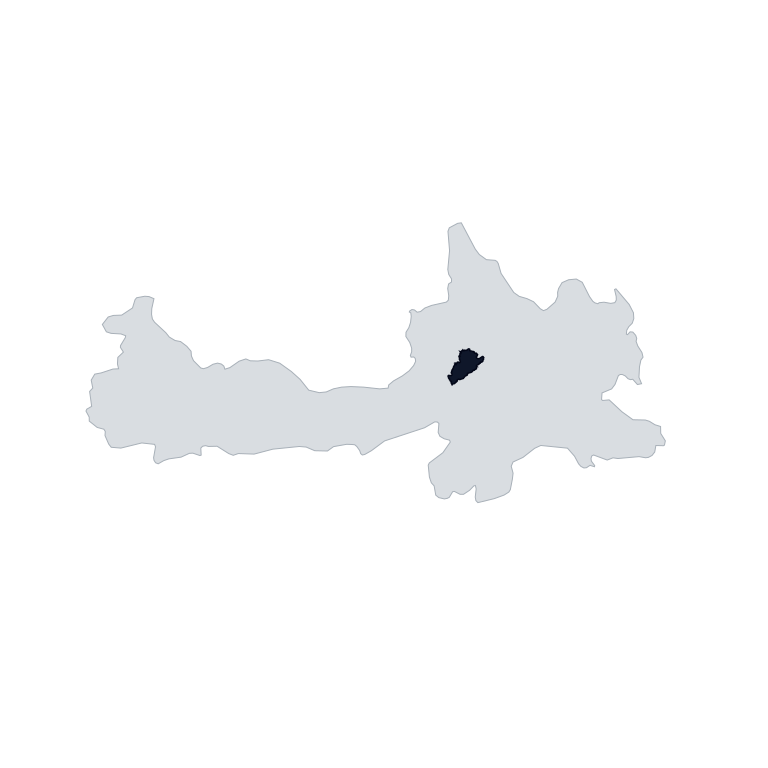 Longcheng, Vientiane, Laos shown in context, rotated 128°
{"feature_id": "54806243B40000805936315", "entity_name": "Longcheng", "entity_type": "district", "adm_level": 2, "iso_a3": "LAO", "parent_name": "Laos", "parent_adm1": "Vientiane", "projection": "orthographic", "projection_center": [102.87, 19.084], "detail": "fine", "context": "in_parent", "style": "filled", "palette": "ink", "viewbox_px": 768, "rotation_deg": 128, "n_neighbors": 0, "source": "geoboundaries", "source_scale": "gbopen_adm2", "svg_char_len": 8633}
<svg xmlns="http://www.w3.org/2000/svg" viewBox="0 0 768 768"><g transform="rotate(128 384 384)"><path d="M281.1,132.5L284.2,138.3L298.7,153.8L301.2,158.1L306.5,161.3L310.9,175.1L312.8,176.0L315.3,175.0L317.1,173.1L318.6,167.7L319.6,167.2L321.3,171.6L325.3,172.9L327.1,174.8L327.7,178.1L327.1,181.5L323.6,189.4L321.6,199.9L335.9,222.6L341.9,225.7L356.3,229.3L366.0,234.3L370.5,233.1L374.8,227.4L379.9,224.3L389.5,219.4L392.3,219.1L397.6,221.0L406.4,226.5L419.7,237.0L419.3,239.8L416.9,242.5L409.9,246.8L407.7,249.5L409.0,250.5L415.0,251.1L421.9,253.4L424.1,256.2L425.3,262.4L426.6,263.6L433.1,262.8L435.1,263.7L437.4,265.7L439.8,270.9L439.7,274.8L433.4,281.8L432.7,285.9L429.4,290.9L420.7,299.2L418.3,299.7L401.9,295.3L388.9,296.0L387.9,297.8L390.1,302.8L390.8,307.7L388.8,311.5L381.3,316.4L381.1,318.5L382.6,320.7L393.5,325.1L428.5,348.5L444.4,352.9L451.4,355.8L453.3,357.4L453.2,359.5L451.4,362.2L450.0,366.9L449.9,369.7L451.6,372.3L454.5,376.3L464.4,385.2L471.6,387.3L479.2,397.5L481.6,406.5L485.4,412.3L503.8,431.5L519.2,443.2L528.5,456.0L533.0,458.9L534.4,463.5L535.8,477.2L541.3,483.9L542.4,486.6L544.7,488.6L547.3,488.9L552.6,484.3L553.7,485.0L556.2,492.1L558.5,494.7L566.6,498.9L575.4,507.4L580.0,510.4L585.9,512.8L586.7,515.5L585.7,518.3L583.9,520.2L574.1,525.4L572.8,527.6L579.6,538.6L596.5,551.9L601.8,560.0L600.8,564.0L596.4,572.1L593.0,574.4L592.1,576.9L594.8,583.3L594.7,593.4L591.6,595.9L588.8,602.2L586.8,602.7L581.6,600.6L571.1,611.4L566.5,611.0L561.2,617.1L554.3,618.0L549.4,613.7L539.1,606.8L535.4,602.5L532.3,606.4L526.9,610.1L519.3,609.0L517.4,614.3L515.9,615.3L506.7,616.4L505.0,617.3L506.5,622.1L512.1,630.2L513.8,634.9L510.5,642.6L501.0,642.6L496.6,639.5L491.2,633.1L478.9,629.0L470.8,632.1L468.3,632.0L462.1,626.5L459.8,623.0L458.4,617.8L467.6,613.4L472.3,610.0L475.4,606.5L476.6,602.8L477.9,587.5L479.2,582.1L478.4,575.5L475.8,570.4L475.7,562.6L477.0,556.2L480.5,553.0L482.9,548.5L484.2,538.3L483.1,535.7L479.6,533.2L473.7,530.9L470.0,528.0L468.4,524.4L468.5,521.2L470.3,518.5L465.9,515.5L455.2,512.2L449.3,508.3L448.0,503.6L443.5,497.5L435.9,489.9L431.8,479.0L431.2,464.7L432.0,453.0L435.2,439.5L430.7,429.7L425.8,424.6L419.0,420.9L412.6,415.5L406.4,408.5L399.0,398.1L390.5,384.4L384.7,378.2L381.8,379.7L375.7,378.4L366.3,374.5L358.2,372.3L351.2,372.0L346.7,373.0L344.6,375.1L344.4,377.2L346.2,379.2L345.3,380.8L341.6,382.0L338.7,384.3L335.4,389.3L333.1,396.0L329.7,398.5L324.3,399.1L319.1,401.0L313.9,404.2L311.4,406.7L311.7,408.4L310.6,408.7L308.1,407.8L306.9,405.6L307.0,402.1L304.4,399.8L299.0,398.6L292.8,394.9L281.1,385.3L278.4,384.9L274.6,387.3L269.5,392.6L265.4,394.7L262.1,393.6L259.6,395.5L257.8,400.4L254.5,404.2L238.6,414.4L224.3,427.6L220.7,428.7L212.1,424.9L209.4,422.3L221.5,395.2L223.3,388.6L223.0,379.9L218.1,372.5L217.9,370.4L218.7,368.2L224.8,359.8L232.0,338.1L231.7,331.4L228.7,323.9L227.1,316.8L228.5,307.2L228.0,303.5L224.8,301.6L214.1,299.6L207.9,301.1L204.9,303.6L201.3,305.2L194.5,306.1L188.2,302.7L182.9,297.1L181.8,290.4L188.6,275.9L190.3,270.3L190.2,267.7L189.1,264.9L187.5,264.5L184.1,261.0L180.9,255.0L177.8,252.2L174.9,252.6L172.1,254.9L167.6,260.5L166.2,259.8L170.4,239.7L174.3,231.3L178.7,227.4L183.3,225.8L188.1,226.4L192.2,225.8L195.5,223.7L195.2,222.5L191.4,222.2L189.9,219.9L190.7,215.6L192.5,212.9L195.2,211.6L197.8,207.4L200.4,200.1L203.4,196.4L207.0,196.3L213.1,193.3L221.8,187.2L225.2,181.2L228.4,184.0L227.1,190.9L228.8,192.4L229.6,194.9L229.1,198.8L229.8,202.1L231.1,203.7L233.0,204.5L242.1,201.7L247.7,201.6L256.8,206.7L262.3,203.0L262.4,201.6L257.9,196.8L259.4,179.2L258.9,165.8L251.5,155.9L250.0,151.9L249.3,145.4L247.2,139.9L252.6,135.5L255.6,127.3L259.4,125.4L260.5,125.7L265.1,131.9L270.9,128.8L275.3,128.8L279.1,130.5L281.1,132.5Z" fill="#d9dde1" stroke="#a8b0b8" stroke-width="1"/><path d="M342.6,329.8L342.4,329.9L342.3,330.0L342.2,330.1L341.8,329.9L341.3,329.6L341.1,329.4L340.5,329.0L340.3,328.9L340.2,328.8L340.2,328.7L339.8,328.6L339.6,328.6L339.3,328.6L339.2,328.6L338.6,328.4L338.4,328.5L337.9,328.3L337.7,328.5L337.6,328.4L337.5,328.5L337.3,328.4L337.3,328.6L337.1,328.6L337.1,328.4L336.9,328.4L336.7,328.2L336.4,328.2L336.3,328.5L336.2,328.7L336.1,328.8L335.6,328.7L335.1,328.6L334.5,328.3L334.3,328.3L334.2,328.2L334.0,327.8L334.0,327.6L334.0,327.3L333.8,327.0L333.3,326.6L333.0,326.5L332.4,326.1L332.2,325.8L331.7,325.6L331.4,325.4L331.2,325.3L331.0,325.2L330.8,324.9L330.6,324.9L329.8,325.0L329.6,325.0L329.2,324.9L327.9,324.9L327.2,324.8L326.9,324.6L326.6,324.2L326.1,324.2L325.9,324.0L325.7,323.9L325.4,324.0L325.2,324.0L324.8,324.3L324.6,324.4L324.5,324.6L324.4,324.7L324.3,324.8L324.1,324.8L324.0,324.7L323.5,324.2L323.0,323.8L322.7,323.7L322.4,323.5L322.2,323.4L321.8,322.9L320.9,322.4L320.4,322.3L320.2,322.3L320.0,322.1L319.9,322.1L319.2,322.1L318.8,322.3L318.5,322.3L318.1,321.8L317.9,321.6L317.8,321.8L317.6,321.8L317.3,321.8L316.4,321.0L316.2,321.0L316.0,320.9L315.6,320.8L315.3,320.8L315.1,320.6L314.8,320.8L314.5,320.9L314.2,321.2L313.9,321.4L313.6,321.5L313.2,321.5L313.1,321.4L313.1,321.6L313.3,321.8L312.6,322.4L312.4,322.4L312.2,322.4L311.7,322.2L311.4,322.0L310.9,321.7L310.7,321.7L310.1,321.7L309.9,321.5L309.8,321.4L309.6,321.3L309.2,321.4L308.8,321.2L308.7,321.3L308.6,321.2L308.2,321.0L307.9,321.1L307.5,321.2L307.2,321.4L307.0,321.2L306.8,321.0L306.7,320.7L306.6,320.4L306.2,320.4L305.6,320.4L305.4,320.5L305.2,320.2L304.7,320.3L304.5,320.6L304.3,320.8L304.2,320.9L304.1,321.0L303.7,320.9L303.2,320.8L303.0,321.1L302.7,321.4L302.3,321.5L302.1,321.5L301.9,321.5L301.8,321.8L301.7,322.0L301.6,322.4L301.5,322.5L301.5,323.1L301.8,323.3L302.0,323.5L302.4,323.6L303.1,323.7L303.7,324.1L303.8,324.1L304.1,324.1L304.5,324.2L304.7,324.3L305.5,324.8L305.9,325.1L306.4,325.9L306.5,326.5L306.4,327.0L306.3,327.3L306.0,327.7L305.8,327.9L305.3,327.8L305.1,327.8L304.8,328.0L304.7,328.2L304.4,328.2L304.0,328.1L303.6,328.2L303.3,328.3L303.3,328.9L303.1,329.1L303.0,329.3L303.1,329.6L303.0,329.8L302.9,330.0L303.0,330.1L303.3,330.5L303.2,330.7L303.5,330.9L303.7,331.1L303.9,331.6L303.8,331.9L303.7,332.2L303.7,332.4L303.4,332.4L303.2,332.7L303.2,333.0L303.2,333.3L303.3,333.4L303.4,333.6L303.5,333.8L303.9,334.2L303.9,334.5L304.1,335.2L304.4,335.6L304.7,336.3L304.8,336.5L304.9,336.9L304.9,337.0L304.7,337.2L304.4,337.5L304.2,337.6L303.9,337.8L303.9,338.2L304.0,338.7L304.2,338.9L304.3,339.0L304.5,339.1L305.1,339.3L305.5,339.5L306.2,339.3L306.5,339.4L306.6,339.7L306.9,340.2L307.6,340.7L307.7,340.8L307.7,341.2L307.8,341.4L308.1,341.5L308.5,341.4L308.6,341.5L308.8,341.8L308.9,342.0L308.7,342.6L308.6,342.9L308.9,342.9L309.2,343.0L309.4,343.0L309.7,343.1L310.1,343.0L310.4,343.1L310.8,343.3L311.0,343.3L311.5,343.6L311.6,343.9L311.7,343.6L311.8,343.5L311.8,343.3L311.9,343.2L312.0,343.0L311.9,342.8L312.0,342.8L312.2,342.6L312.3,342.5L312.5,342.6L312.5,342.4L312.8,342.3L313.2,342.5L313.2,342.4L313.3,342.4L314.9,342.1L315.0,342.0L315.2,341.6L315.3,341.6L315.5,341.7L315.7,341.8L315.7,341.7L315.8,341.8L315.9,341.7L316.0,341.8L316.1,341.7L316.3,341.7L316.5,341.5L316.5,341.3L316.4,341.0L316.5,340.9L317.4,340.2L317.8,340.1L318.0,339.9L318.0,339.7L318.2,339.4L318.3,339.4L318.4,339.2L318.4,338.9L318.4,338.7L318.6,338.5L318.9,338.3L319.0,338.3L319.1,338.2L319.4,337.7L319.6,337.4L320.1,337.4L320.3,337.4L320.5,337.5L320.8,337.6L320.9,337.9L321.0,338.8L321.0,339.0L321.3,339.4L321.8,339.6L322.1,339.4L322.4,339.4L322.7,339.4L322.9,339.6L323.0,339.8L323.4,340.4L323.5,340.5L323.5,340.4L323.6,339.9L323.8,339.8L323.9,339.7L324.0,339.8L324.1,340.0L324.2,339.9L324.3,340.0L324.3,339.9L324.4,340.0L324.5,339.8L324.6,340.1L324.8,340.2L325.0,340.2L326.1,340.0L327.4,339.8L327.6,339.8L327.9,339.5L328.1,339.4L328.5,339.3L329.1,339.3L330.2,338.9L330.3,338.8L330.5,338.9L330.8,338.9L331.0,339.0L331.2,338.8L331.4,338.8L331.5,338.7L331.8,338.6L332.0,338.4L332.3,338.5L332.5,338.3L332.8,338.2L333.0,338.0L333.3,338.1L333.8,337.9L333.9,337.7L334.0,337.5L334.0,337.0L334.2,336.5L334.4,336.3L334.6,336.2L335.0,336.0L335.4,336.0L335.5,336.0L336.0,336.3L336.0,336.5L336.3,336.7L336.6,336.9L336.8,337.1L337.1,337.9L337.2,338.1L337.5,338.4L337.6,338.5L337.9,338.5L338.3,338.4L338.7,338.0L338.8,337.8L339.0,337.3L339.2,337.1L339.4,337.0L339.5,336.9L339.6,336.6L339.7,336.1L339.6,335.9L339.6,335.6L339.8,335.5L340.0,335.3L340.2,335.2L340.3,335.1L340.3,334.9L340.3,334.7L340.4,334.4L340.5,334.0L340.6,333.8L340.8,333.5L340.7,333.4L340.6,333.1L340.5,332.8L340.6,332.6L340.6,332.3L340.7,332.2L340.8,332.2L341.0,332.2L341.3,331.9L341.6,331.8L341.8,331.8L341.8,331.7L341.7,331.6L341.8,331.5L341.8,331.3L341.8,331.2L341.9,330.9L342.0,330.8L342.1,330.5L342.3,330.4L342.4,330.1L342.7,330.0L342.6,329.8Z" fill="#0f172a" stroke="#020617" stroke-width="1.5"/></g></svg>